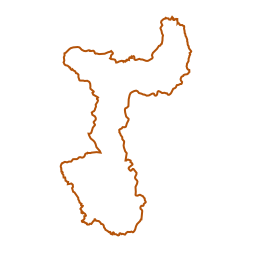 Sintang, Kalimantan Barat, Indonesia (Albers equal-area conic projection), rotated 84°
{"feature_id": "22746128B74245273608062", "entity_name": "Sintang", "entity_type": "district", "adm_level": 2, "iso_a3": "IDN", "parent_name": "Indonesia", "parent_adm1": "Kalimantan Barat", "projection": "albers", "projection_center": [111.256, 0.194], "detail": "fine", "context": "isolated", "style": "outline", "palette": "amber", "viewbox_px": 256, "rotation_deg": 84, "n_neighbors": 0, "source": "geoboundaries", "source_scale": "gbopen_adm2", "svg_char_len": 5787}
<svg xmlns="http://www.w3.org/2000/svg" viewBox="0 0 256 256"><g transform="rotate(84 128 128)"><path d="M219.9,176.7L219.2,175.8L219.6,174.5L217.1,172.3L216.6,171.3L215.3,170.8L215.3,170.3L216.9,169.4L217.5,166.8L219.2,165.3L220.6,164.8L220.9,163.6L221.6,162.8L222.4,162.4L224.5,162.2L225.5,161.4L226.8,161.1L228.5,158.8L229.5,158.0L229.4,156.8L229.6,156.5L230.2,156.3L231.0,156.5L231.6,156.0L232.2,154.6L230.5,154.1L230.3,153.4L230.7,153.0L231.6,153.0L232.2,152.6L232.4,151.0L233.7,149.3L233.8,148.7L233.4,147.9L232.1,147.6L231.9,147.2L232.0,146.4L232.9,145.5L232.7,144.3L233.7,142.2L232.0,140.5L231.3,139.3L231.7,136.7L231.4,135.4L232.2,134.1L232.1,133.6L231.1,132.5L229.7,131.5L226.6,130.3L224.5,129.0L221.8,125.7L220.3,124.8L220.3,124.2L212.0,122.5L210.8,122.9L209.6,124.0L208.5,124.0L207.5,123.6L206.8,122.8L207.0,121.2L206.7,120.7L205.2,120.2L203.8,118.2L203.2,118.1L201.6,118.8L199.7,118.8L198.8,119.6L197.6,120.1L195.7,123.0L195.7,123.7L196.3,125.5L196.0,127.0L195.3,127.5L192.2,126.9L187.4,126.7L184.3,124.8L182.3,124.2L181.2,124.5L179.2,126.0L178.2,126.2L177.2,125.9L175.0,124.5L173.5,124.2L169.4,126.8L169.2,127.6L170.5,129.0L170.8,129.8L170.2,130.6L168.5,131.6L167.4,131.3L164.9,127.4L164.4,127.3L162.7,128.2L162.3,129.1L160.7,128.8L160.4,129.2L159.4,131.3L159.5,132.0L160.2,133.2L160.1,133.9L152.9,131.9L150.9,133.2L146.9,134.1L144.9,134.2L141.5,133.3L140.7,133.3L138.6,134.8L136.5,134.7L134.3,136.0L132.9,136.3L131.2,137.1L130.3,136.8L129.1,137.0L128.4,136.2L127.8,134.3L126.6,133.3L126.9,131.1L126.4,129.9L123.4,128.7L120.1,126.6L118.9,126.5L116.5,128.6L112.2,129.2L109.6,129.2L108.3,128.7L107.4,126.5L106.3,125.3L99.5,124.3L95.4,122.9L93.6,121.8L92.7,120.2L91.9,117.9L91.7,116.0L92.4,114.7L94.4,113.4L95.3,110.9L96.3,109.4L96.5,108.1L97.8,106.0L97.8,103.8L96.4,100.4L96.3,99.4L96.7,98.6L98.0,98.2L98.7,97.5L98.6,96.4L98.2,96.0L97.5,95.5L95.4,94.9L94.8,94.5L94.5,93.7L95.2,92.4L96.8,90.4L96.8,87.9L97.5,86.5L97.5,85.7L99.0,84.8L99.3,83.8L98.6,82.4L97.6,81.4L93.7,78.9L93.3,77.3L92.6,76.2L90.5,75.0L90.4,73.3L89.7,71.3L89.8,70.5L89.4,69.9L87.9,69.4L86.3,70.4L84.9,70.6L83.0,69.7L82.4,68.9L82.0,67.6L81.2,67.2L80.8,66.0L80.7,63.6L80.0,62.3L79.1,61.8L78.7,61.1L76.7,61.0L76.2,62.1L75.1,62.9L72.7,63.3L71.5,62.8L70.4,62.7L67.8,60.8L65.4,60.5L63.6,59.6L62.8,59.5L61.5,58.5L59.9,58.9L59.3,57.7L58.3,57.1L55.5,58.8L54.3,59.2L53.0,59.1L52.1,59.7L50.9,59.9L48.8,59.8L48.3,60.1L46.2,59.9L43.2,60.7L42.6,61.1L40.1,61.3L39.5,61.7L37.5,61.6L34.9,61.9L33.4,61.5L32.5,61.6L31.9,62.8L31.3,63.2L31.1,65.3L30.8,65.7L30.1,65.9L29.5,66.7L29.0,66.7L28.7,67.6L28.9,67.8L27.7,67.6L26.5,67.8L25.8,67.6L25.3,68.3L24.7,67.9L24.5,68.9L25.1,70.1L25.0,70.5L25.4,70.8L25.3,71.5L24.5,71.9L23.9,71.3L22.2,72.5L24.7,74.4L24.4,75.8L23.3,76.3L23.0,77.9L22.8,78.2L23.0,78.9L22.5,79.1L23.1,80.0L23.5,81.4L25.1,83.6L26.5,84.1L29.4,83.1L31.5,85.0L32.3,85.3L35.0,84.5L37.5,84.3L39.5,83.5L41.3,84.1L44.6,84.6L47.8,85.6L48.2,86.5L49.4,87.3L49.6,88.7L52.3,90.9L55.9,95.4L58.1,96.6L60.3,96.1L61.3,96.6L63.2,100.8L63.3,101.8L63.1,103.0L61.4,106.4L61.1,108.3L60.4,109.5L61.1,112.3L61.1,113.6L60.5,114.4L58.1,114.3L57.4,114.6L57.1,115.0L57.5,116.4L57.9,116.8L57.6,117.0L57.9,117.1L57.9,117.4L58.3,117.2L58.1,117.8L58.6,117.7L58.3,119.1L58.7,119.2L58.7,119.5L59.5,119.8L59.6,120.1L60.4,120.0L60.2,120.5L60.4,121.3L60.1,121.8L60.6,122.1L60.4,122.3L60.8,122.7L60.5,122.7L60.8,123.5L60.6,123.8L61.1,123.5L61.2,124.3L61.2,123.7L61.6,123.9L61.3,124.7L61.5,125.0L61.0,125.0L60.8,125.8L61.1,126.3L60.7,126.6L60.5,127.2L60.9,129.8L61.6,131.6L61.7,132.9L59.6,133.4L58.8,133.8L58.3,134.8L57.7,137.6L56.9,138.6L55.9,137.7L54.0,137.2L52.5,135.3L51.6,135.3L49.7,136.7L50.2,137.5L50.6,139.9L51.7,143.4L51.5,149.0L50.6,151.4L50.7,152.4L50.1,153.1L48.7,153.4L47.7,154.1L47.5,154.5L47.6,156.7L47.4,157.9L46.8,158.0L46.6,159.0L47.2,161.8L46.8,163.6L45.4,165.8L42.8,167.8L42.2,169.5L42.1,173.9L42.6,176.6L43.6,178.3L46.7,182.1L47.1,183.4L49.3,183.5L50.9,184.4L54.2,184.3L55.5,184.8L55.9,185.2L58.1,184.5L59.0,183.6L59.7,181.6L61.0,180.2L61.7,180.0L61.9,179.2L63.2,179.0L64.0,178.4L64.3,177.9L63.7,177.2L65.1,176.2L66.1,174.6L68.0,174.0L68.2,173.2L69.1,172.2L69.8,171.7L72.2,172.0L75.4,171.3L75.8,170.8L76.2,167.5L76.7,166.2L76.8,163.5L78.1,161.7L79.9,161.0L82.5,161.0L83.9,161.3L85.1,161.2L88.1,158.3L88.6,158.5L89.3,159.7L91.2,159.1L94.2,154.9L94.6,154.6L95.5,155.8L96.0,155.8L96.7,155.2L97.6,155.0L98.8,155.6L101.4,157.7L103.4,157.6L105.3,158.7L106.4,159.0L107.7,160.1L108.1,161.3L108.8,162.4L111.1,162.1L113.0,159.7L114.8,159.0L116.3,159.2L118.4,161.5L119.1,161.5L121.2,160.5L121.7,160.6L123.9,162.9L128.6,164.9L129.3,165.5L129.7,166.5L129.5,167.8L131.1,167.5L134.5,166.2L137.1,163.6L138.6,162.6L140.6,161.9L143.7,161.4L148.0,158.4L149.6,157.9L148.7,161.8L148.7,166.9L149.0,167.7L148.7,170.2L148.4,170.8L149.0,171.2L148.8,171.8L149.2,173.0L151.6,174.3L152.4,175.3L152.7,176.8L152.0,178.5L152.0,179.6L153.4,181.5L153.6,182.2L153.3,185.5L153.4,186.1L155.2,187.7L155.5,188.2L155.2,190.2L155.8,192.2L155.2,193.8L155.1,194.8L155.7,195.6L155.9,196.9L156.2,196.9L156.9,198.0L158.9,198.9L159.9,198.9L161.0,198.5L161.8,198.8L162.3,198.6L164.4,198.8L164.6,198.1L165.3,197.6L166.3,198.2L167.8,197.2L170.5,197.2L170.7,195.7L173.9,195.6L174.4,194.7L175.2,194.2L175.4,193.2L177.6,193.7L177.3,190.1L178.6,188.9L180.8,188.9L181.3,189.2L181.9,189.9L185.7,189.2L186.4,188.0L192.2,184.8L193.7,184.9L195.9,184.0L197.0,184.0L198.6,182.2L199.5,182.8L200.0,182.7L200.7,181.1L201.2,181.3L202.5,183.0L203.5,183.8L205.4,182.7L206.3,183.0L206.8,182.0L207.0,182.1L207.1,183.0L207.5,183.1L208.1,182.2L207.7,181.1L209.0,179.6L210.7,179.0L211.0,179.2L211.2,180.7L213.5,180.7L214.7,181.8L215.5,183.6L216.3,183.6L216.8,182.9L217.0,181.1L217.8,180.6L218.4,179.1L218.6,178.9L219.4,179.0L219.8,178.5L219.9,176.7Z" fill="none" stroke="#b45309" stroke-width="2"/></g></svg>